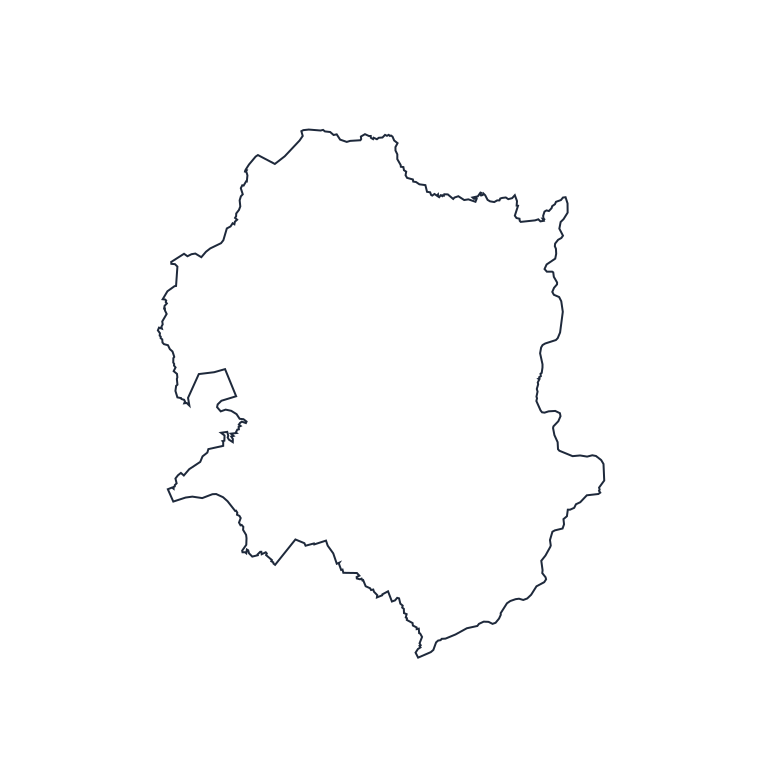 outline of Cuquío, Jalisco, Mexico, rotated 337°
{"feature_id": "50627088B71683874346404", "entity_name": "Cuquío", "entity_type": "district", "adm_level": 2, "iso_a3": "MEX", "parent_name": "Mexico", "parent_adm1": "Jalisco", "projection": "albers", "projection_center": [-103.018, 20.95], "detail": "fine", "context": "isolated", "style": "outline", "palette": "slate", "viewbox_px": 768, "rotation_deg": 337, "n_neighbors": 0, "source": "geoboundaries", "source_scale": "gbopen_adm2", "svg_char_len": 6166}
<svg xmlns="http://www.w3.org/2000/svg" viewBox="0 0 768 768"><g transform="rotate(337 384 384)"><path d="M549.0,558.9L554.8,543.4L554.2,538.9L551.0,533.1L547.9,531.0L542.6,530.2L536.6,526.4L529.4,524.1L519.3,513.9L518.7,512.0L521.1,505.4L520.9,497.6L522.4,490.6L523.4,489.2L529.9,486.4L533.9,482.6L534.5,479.6L531.1,475.7L524.9,473.5L520.6,473.1L518.4,471.8L517.8,469.5L517.6,459.2L519.3,456.9L519.4,455.2L522.4,451.0L522.7,448.3L525.8,444.5L526.1,442.7L528.7,440.5L528.2,439.6L529.3,439.7L529.5,438.4L531.4,438.1L532.1,435.7L533.5,435.4L536.3,430.8L537.6,427.8L539.7,416.7L542.9,411.8L545.2,410.1L548.2,409.7L559.4,410.7L561.8,409.7L566.2,405.4L576.8,387.4L579.5,377.1L579.2,372.4L575.2,368.2L574.9,365.0L578.1,361.9L582.2,359.9L583.0,358.2L582.2,351.7L583.4,347.4L582.7,346.3L577.8,344.2L576.7,340.9L580.4,337.5L590.6,335.5L593.4,331.4L595.1,326.7L595.1,323.9L596.4,321.6L600.6,319.3L604.3,318.9L606.7,317.4L606.1,309.5L609.9,303.9L613.7,302.4L620.0,298.0L623.5,289.5L624.1,283.0L621.6,282.3L618.7,283.8L613.5,283.5L611.6,285.3L608.3,286.0L607.0,287.6L603.4,289.2L601.4,287.7L599.1,288.0L596.2,291.4L595.5,293.9L596.2,295.8L594.6,294.3L594.8,296.2L591.5,295.4L590.4,292.7L587.0,292.4L573.2,288.2L572.7,286.8L573.3,284.8L570.8,283.0L570.2,280.2L577.0,272.3L575.8,271.6L577.9,267.6L578.2,261.3L574.6,263.0L570.6,262.4L569.0,259.9L565.5,258.9L563.5,258.7L562.0,260.1L559.9,259.2L556.6,259.6L553.0,257.3L551.3,255.0L550.9,249.8L549.9,247.4L548.7,248.6L547.0,248.4L546.7,247.3L548.1,246.0L547.6,245.5L543.7,247.9L538.4,246.9L539.3,248.8L541.7,248.8L541.8,249.6L539.4,252.0L533.8,247.0L529.7,246.0L525.8,240.2L521.7,239.9L520.0,240.7L516.8,234.4L513.6,232.9L512.6,234.1L511.5,233.1L511.0,233.7L509.9,232.4L507.8,233.6L507.0,232.4L507.7,230.6L506.2,231.2L504.7,228.8L502.0,229.4L501.2,228.3L501.4,225.6L498.7,223.9L499.8,217.1L494.6,214.0L492.4,210.6L490.0,209.1L490.5,207.0L485.8,203.3L485.4,200.3L487.4,197.2L485.9,195.0L486.6,191.9L484.4,190.6L484.9,188.8L484.1,182.2L486.0,177.8L485.8,173.6L487.1,170.4L490.6,167.6L488.5,163.8L488.5,159.6L487.5,158.0L486.4,158.0L485.7,156.5L483.7,156.7L482.3,155.1L478.9,156.5L475.4,155.3L473.1,155.9L470.7,153.3L469.6,154.3L468.1,152.2L468.7,150.5L467.1,149.9L464.1,146.6L459.4,147.2L458.7,149.6L457.5,150.4L447.9,147.0L444.3,146.6L439.1,141.9L438.0,135.7L434.9,135.1L432.9,131.0L428.3,128.4L427.2,126.3L424.7,125.9L414.2,120.4L408.9,118.8L406.7,119.0L406.1,123.9L401.4,126.9L381.6,135.6L369.5,138.8L357.4,124.0L354.7,124.5L345.5,129.2L340.5,132.6L339.3,133.7L338.5,134.9L340.6,132.7L341.3,133.5L340.3,134.1L339.8,138.6L336.9,143.9L336.4,143.5L332.3,146.5L331.2,145.7L328.7,147.8L328.1,154.2L325.6,155.3L322.9,158.5L321.1,164.4L318.5,167.1L314.6,169.3L313.4,171.8L311.8,172.9L313.0,175.4L310.2,176.3L308.7,178.5L307.5,176.9L304.3,179.0L300.1,179.4L292.3,188.9L289.0,190.7L277.0,191.3L271.8,192.7L265.4,195.9L261.3,190.2L257.5,189.3L253.0,189.6L250.8,186.0L235.8,188.5L235.2,190.3L238.4,192.0L239.7,195.2L230.9,212.5L229.4,212.1L220.9,214.0L213.4,219.5L215.6,220.8L216.1,222.1L215.1,223.3L215.6,225.0L212.6,226.3L211.1,228.6L211.8,228.9L211.1,230.7L211.3,234.6L204.3,239.8L203.6,242.6L201.4,244.4L201.2,246.3L198.9,244.2L196.8,246.3L197.6,249.7L196.4,251.8L197.0,253.1L196.3,254.5L197.3,256.3L196.3,259.3L197.0,261.3L200.3,263.9L200.5,268.2L202.0,271.4L201.8,274.3L201.5,277.1L200.2,277.9L198.4,281.9L198.7,283.5L197.9,285.0L198.6,287.3L195.4,290.0L197.4,293.8L196.4,297.1L195.3,298.4L193.6,303.9L191.9,304.5L189.3,308.9L188.6,315.6L191.7,317.7L191.7,318.7L193.8,320.4L194.0,322.3L192.6,323.7L194.9,324.3L196.4,327.8L198.2,320.2L217.4,302.5L232.3,306.8L243.5,308.2L243.1,337.5L227.8,335.9L222.9,337.8L221.3,340.1L223.0,345.4L228.2,345.7L232.9,349.0L236.5,354.1L237.5,359.6L240.9,361.5L242.8,364.9L241.6,366.0L238.4,363.1L236.2,363.6L234.5,364.7L235.6,366.6L233.4,366.7L232.7,369.0L231.1,368.7L228.7,370.7L229.1,371.5L223.7,369.9L225.2,373.0L222.9,372.7L223.4,375.5L222.1,378.4L219.5,374.6L219.2,372.1L220.4,370.8L221.0,366.8L214.9,365.2L217.1,369.1L214.9,373.8L213.1,373.5L213.4,374.4L211.8,378.1L196.9,375.3L194.6,378.1L188.7,379.7L184.4,383.9L171.4,386.3L164.0,390.0L162.3,386.5L158.7,387.5L155.1,389.5L154.3,394.4L152.0,395.3L151.4,396.5L150.1,396.5L149.4,398.2L148.4,396.5L143.9,396.4L144.1,409.9L157.0,411.0L163.6,412.8L172.1,418.0L183.0,418.4L186.5,419.7L191.6,425.3L194.2,430.8L197.4,442.7L198.3,442.8L198.7,445.1L197.6,446.9L199.4,448.9L199.7,451.4L196.4,454.9L196.7,458.0L197.9,458.1L198.7,460.5L197.3,463.2L198.1,469.0L197.2,472.2L194.4,478.2L188.3,482.0L188.0,483.6L190.4,484.6L191.1,486.0L193.1,482.8L194.0,484.0L193.6,487.1L195.3,491.4L200.9,492.3L201.0,491.5L204.5,490.1L205.5,490.5L204.9,492.9L209.4,492.7L209.9,494.2L208.6,495.4L212.0,502.3L211.0,503.1L212.4,504.9L212.1,506.1L213.1,507.9L241.7,492.5L248.5,499.4L248.6,502.2L257.2,503.4L257.1,504.4L269.4,505.5L269.0,510.8L271.1,520.1L270.3,531.0L273.1,531.0L272.3,531.5L271.9,538.4L273.3,538.6L272.8,541.9L285.2,547.4L286.4,550.8L283.4,551.0L283.0,552.4L285.6,554.4L287.3,554.4L287.4,556.4L288.2,556.4L288.1,563.0L291.4,566.6L291.6,568.6L293.8,569.0L293.6,571.3L295.3,575.7L294.1,577.7L299.8,577.8L300.3,577.0L306.7,576.4L306.3,587.3L309.6,587.5L312.6,586.0L314.1,587.2L313.2,592.6L314.6,595.3L313.4,596.9L314.4,598.7L312.9,602.7L314.9,604.7L312.8,607.4L313.6,608.6L312.8,610.1L316.9,615.2L316.2,617.6L318.9,620.8L318.3,622.4L320.4,622.8L319.0,627.1L319.8,627.8L320.2,631.7L315.4,636.6L315.7,638.7L314.4,638.9L314.7,640.7L311.7,641.2L308.1,643.6L308.5,649.2L322.3,649.1L325.5,648.1L331.0,642.2L333.6,641.3L336.0,641.9L337.5,641.1L341.1,642.4L352.0,642.5L364.8,641.2L375.4,643.2L377.7,641.9L382.9,641.7L387.3,643.8L390.2,647.2L393.4,647.4L398.2,644.9L401.3,642.1L401.8,640.6L411.5,633.9L415.5,633.1L421.1,633.5L424.4,634.4L427.8,637.2L432.0,637.4L437.1,635.5L445.3,629.8L454.1,629.0L456.9,627.1L457.2,625.0L455.8,619.9L457.2,617.4L459.7,608.2L465.6,605.0L473.4,598.9L474.4,597.8L475.8,592.5L481.3,585.8L484.1,585.5L491.9,586.8L494.9,583.5L496.4,578.5L500.7,577.2L504.1,571.5L506.3,572.4L510.7,572.3L513.7,569.7L518.5,569.5L527.2,565.7L538.3,569.0L540.6,568.5L540.2,566.3L541.2,565.5L541.5,563.4L549.0,558.9Z" fill="none" stroke="#1e293b" stroke-width="2"/></g></svg>